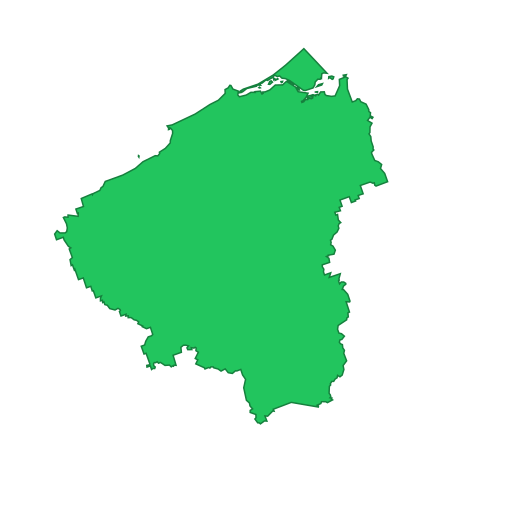 Sunshine Coast, Queensland, Australia (Albers equal-area conic projection), rotated 242°
{"feature_id": "25037944B96271376045080", "entity_name": "Sunshine Coast", "entity_type": "district", "adm_level": 2, "iso_a3": "AUS", "parent_name": "Australia", "parent_adm1": "Queensland", "projection": "albers", "projection_center": [153.027, -26.708], "detail": "fine", "context": "isolated", "style": "filled", "palette": "green", "viewbox_px": 512, "rotation_deg": 242, "n_neighbors": 0, "source": "geoboundaries", "source_scale": "gbopen_adm2", "svg_char_len": 6135}
<svg xmlns="http://www.w3.org/2000/svg" viewBox="0 0 512 512"><g transform="rotate(242 256 256)"><path d="M105.7,181.1L106.4,186.1L105.1,188.1L110.6,188.8L109.1,191.1L111.3,198.1L110.5,199.1L112.6,199.3L110.2,218.4L93.4,240.1L94.2,240.7L95.6,239.9L95.3,244.0L96.6,245.5L94.6,249.2L93.0,250.2L93.0,256.0L94.2,255.3L94.9,256.3L96.1,254.8L96.5,255.9L98.4,256.4L100.5,256.1L106.5,259.6L107.1,261.4L108.2,261.5L109.7,264.0L108.8,265.7L110.2,268.1L110.4,270.4L112.3,272.0L109.9,273.4L110.4,276.2L114.5,280.3L118.4,281.5L120.9,286.8L128.9,287.8L131.2,289.8L134.2,289.5L137.2,290.7L138.8,289.4L140.8,289.1L142.5,290.8L142.0,292.6L143.7,296.4L147.3,295.0L149.0,293.0L153.0,293.6L156.1,295.9L157.1,306.1L158.6,307.0L158.9,308.9L162.6,310.4L162.6,312.2L173.3,314.1L171.5,317.1L172.0,317.8L179.1,319.0L185.3,317.5L186.0,316.4L188.4,319.2L188.9,322.0L189.7,322.4L191.8,321.3L193.0,319.1L192.2,316.7L195.3,317.2L195.6,318.2L196.8,318.4L200.8,322.1L202.7,310.6L206.1,314.1L207.1,307.6L210.3,308.1L212.5,309.7L215.4,309.5L217.1,310.4L215.8,318.0L219.7,319.3L222.5,318.0L222.1,320.1L222.8,320.2L221.0,325.7L223.9,328.8L228.6,328.6L230.9,327.2L232.7,328.7L235.0,329.2L235.1,330.8L238.1,334.3L239.1,338.8L241.6,342.2L244.0,342.7L245.6,344.6L245.7,346.5L249.2,345.6L254.4,347.5L254.6,345.7L257.6,346.1L256.3,351.8L259.9,352.3L259.5,355.4L266.0,356.4L264.6,366.2L258.4,365.3L257.8,369.7L259.0,369.8L258.3,374.1L261.5,374.6L260.6,379.8L269.3,381.2L267.7,391.5L265.4,393.4L265.1,394.8L262.8,394.1L261.4,394.8L259.8,407.1L268.5,408.4L274.8,407.0L277.8,409.9L281.8,408.2L284.6,405.7L292.0,406.2L293.3,406.7L294.3,409.8L295.4,409.5L297.4,410.7L303.5,411.7L307.5,413.4L310.8,413.1L311.5,414.5L316.5,417.3L318.8,420.8L323.3,418.1L325.0,421.7L322.8,423.0L323.6,424.4L326.2,422.7L328.8,424.4L330.6,423.5L332.3,424.3L338.4,424.5L343.1,420.9L346.0,421.0L347.2,419.3L346.3,417.0L346.8,413.3L360.4,415.1L369.0,419.2L369.8,420.7L372.1,419.3L372.8,412.5L367.1,409.8L360.2,401.0L361.5,397.6L364.6,393.5L366.2,392.7L368.9,393.4L370.5,390.1L368.7,386.8L369.8,386.4L370.2,384.7L368.9,383.4L370.3,383.9L370.7,382.6L370.5,381.2L368.9,380.3L368.8,378.9L370.7,376.5L369.8,375.2L370.9,372.9L369.8,370.7L370.0,368.6L371.2,368.8L371.0,370.4L372.6,374.7L375.3,378.4L381.3,370.3L386.6,370.2L395.9,364.9L394.6,359.8L397.9,353.3L396.1,346.1L396.6,341.2L397.6,338.9L396.3,338.7L396.2,337.3L399.5,337.3L401.6,332.3L401.6,331.6L401.0,331.7L402.9,328.4L402.7,322.9L404.4,316.1L406.7,315.5L409.9,317.8L414.2,314.0L418.3,313.9L419.0,313.1L417.5,310.2L417.5,306.8L414.0,305.1L411.2,295.9L411.4,286.5L409.9,268.9L411.1,243.6L412.6,238.6L410.0,238.9L408.7,238.1L408.5,239.2L409.6,240.1L409.1,240.6L405.9,241.2L403.3,239.9L398.1,234.5L396.1,233.4L393.6,226.5L393.0,219.4L391.6,219.0L390.5,216.3L391.9,214.1L392.3,200.5L390.0,190.6L390.0,176.4L392.6,157.9L389.2,153.4L389.1,151.4L387.2,148.9L387.6,141.3L386.8,140.3L387.8,140.2L388.8,128.7L380.7,126.9L382.0,119.0L377.3,118.2L377.3,119.2L374.5,117.6L380.4,109.3L378.5,108.2L380.3,105.5L380.4,104.0L373.4,103.8L369.4,102.6L366.4,100.3L366.0,98.3L368.3,93.8L371.7,92.3L369.9,88.5L364.0,87.5L363.0,94.6L360.2,94.1L352.6,94.9L350.1,96.3L349.9,94.4L340.8,93.1L340.1,90.1L334.3,88.3L334.4,89.8L329.0,89.0L329.5,89.9L318.5,88.2L317.7,93.2L307.5,91.4L306.8,95.9L302.0,95.0L301.7,96.1L294.2,94.9L293.3,100.8L291.7,98.8L289.4,97.6L289.0,99.6L286.9,98.8L286.9,100.2L284.1,99.7L282.3,101.6L278.2,102.2L274.5,106.2L274.6,109.6L272.5,110.9L271.5,110.7L271.2,109.4L266.4,108.6L265.6,113.9L264.1,112.8L263.2,115.1L261.6,114.2L260.2,116.9L256.9,118.4L255.3,120.3L252.9,121.5L251.7,119.9L247.4,123.1L247.0,122.4L243.2,125.2L242.6,129.3L235.2,128.0L234.6,126.3L235.2,122.9L232.5,118.6L229.7,115.9L230.2,112.3L222.0,111.1L221.7,113.3L210.4,111.6L210.0,110.5L210.7,108.2L209.1,107.6L208.5,111.1L204.8,110.5L205.1,112.2L204.2,113.7L205.3,114.9L207.2,114.2L209.0,115.0L209.7,116.2L208.9,117.3L209.1,119.1L207.1,119.6L206.9,121.7L202.1,124.3L200.3,128.4L197.9,129.1L198.1,130.7L197.4,131.4L198.1,132.4L197.0,134.1L207.3,136.2L206.0,144.9L210.6,146.8L211.3,149.9L210.3,152.1L208.3,154.2L207.3,151.9L205.3,151.8L203.5,155.4L205.5,155.8L203.8,158.0L204.0,159.4L202.8,160.0L200.6,158.5L198.1,159.9L194.0,154.2L191.7,155.9L189.0,152.2L181.5,158.0L180.2,157.9L179.8,161.8L178.7,162.7L179.3,164.2L178.1,166.2L177.1,166.2L174.0,169.5L170.8,171.1L170.8,175.8L166.0,176.7L163.4,180.0L164.3,184.1L163.5,185.1L163.0,189.3L157.3,188.3L152.0,188.9L145.4,183.3L133.1,179.8L129.3,181.2L126.4,180.3L122.6,181.2L122.4,178.4L120.6,177.4L116.1,181.5L113.2,180.1L112.6,178.5L107.9,179.2L107.1,180.6L105.7,181.1ZM416.6,395.6L410.6,371.7L407.7,356.1L406.8,338.5L409.3,323.1L409.0,319.3L407.9,317.9L407.3,319.8L408.2,320.7L407.2,321.1L408.2,326.5L405.7,336.1L406.3,337.5L404.6,340.3L405.7,340.3L406.3,341.3L405.8,342.4L406.8,347.5L405.6,348.6L405.9,355.5L407.3,357.0L404.4,359.1L403.9,361.4L400.8,362.4L398.9,365.2L395.1,368.1L380.2,375.6L379.0,377.1L377.6,385.2L379.5,388.3L381.8,389.9L383.1,393.6L381.9,395.6L382.7,396.7L382.0,397.1L386.0,399.6L385.9,401.7L384.0,404.5L416.6,395.6ZM378.9,404.9L376.2,406.2L376.2,407.3L377.7,408.8L379.3,407.4L380.2,404.5L378.8,403.6L378.9,404.9ZM369.2,380.2L370.6,380.4L372.6,378.3L372.7,377.2L371.2,375.5L370.5,375.5L371.0,377.0L369.3,378.6L369.2,380.2ZM401.0,348.8L401.8,352.2L403.6,351.6L403.6,350.0L401.8,347.7L401.0,348.8ZM377.0,389.2L376.1,394.3L377.0,395.6L377.9,391.6L377.0,389.2ZM373.7,420.9L374.7,417.9L373.9,417.7L372.9,419.8L373.7,420.9ZM391.3,369.7L393.8,368.4L396.7,366.1L393.0,367.8L391.3,369.7ZM402.8,356.3L404.3,355.4L404.4,354.8L403.0,354.4L402.8,356.3ZM397.2,359.8L397.1,360.9L397.7,361.5L398.3,359.9L397.2,359.8ZM371.1,382.6L371.7,382.0L372.0,380.3L370.7,381.0L371.1,382.6ZM382.2,372.2L382.9,372.3L384.2,371.0L383.0,371.0L382.2,372.2ZM373.2,384.8L371.7,387.2L372.2,387.5L373.2,384.8ZM401.6,358.9L402.6,358.1L402.0,356.8L401.9,358.2L401.6,358.9ZM402.5,338.7L403.5,338.3L403.3,337.6L402.6,338.2L402.5,338.7ZM390.8,368.9L389.0,369.5L391.2,369.0L390.8,368.9ZM384.1,372.6L385.2,372.3L385.4,371.7L384.3,371.9L384.1,372.6ZM399.8,199.4L399.1,198.9L398.3,199.0L399.2,199.7L399.8,199.4Z" fill="#22c55e" stroke="#15803d" stroke-width="1.5"/></g></svg>